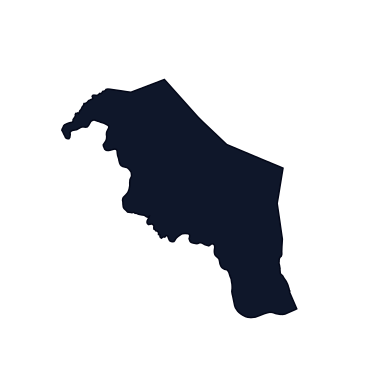 outline of Campo Alegre de Lourdes, Bahia, Brazil, rotated 205°
{"feature_id": "56859067B47282547771310", "entity_name": "Campo Alegre de Lourdes", "entity_type": "district", "adm_level": 2, "iso_a3": "BRA", "parent_name": "Brazil", "parent_adm1": "Bahia", "projection": "mercator", "projection_center": [-43.073, -9.544], "detail": "fine", "context": "isolated", "style": "filled", "palette": "ink", "viewbox_px": 384, "rotation_deg": 205, "n_neighbors": 0, "source": "geoboundaries", "source_scale": "gbopen_adm2", "svg_char_len": 3943}
<svg xmlns="http://www.w3.org/2000/svg" viewBox="0 0 384 384"><g transform="rotate(205 192 192)"><path d="M214.9,146.1L213.2,145.8L212.2,145.2L211.8,144.2L211.5,143.3L210.7,142.2L209.6,142.3L208.4,141.5L207.1,141.9L206.3,141.5L205.4,141.6L204.4,139.3L202.9,139.5L202.0,137.8L200.3,137.2L198.9,139.4L197.6,139.6L197.0,141.7L195.5,141.9L193.4,139.8L191.7,138.4L190.1,138.3L188.8,138.6L187.5,139.4L187.2,140.4L186.9,143.1L186.5,144.3L185.7,146.1L183.7,149.5L182.9,150.2L180.7,151.5L177.7,152.6L176.6,152.4L175.8,151.8L175.2,150.2L174.9,148.4L173.1,146.6L172.2,146.1L170.9,146.0L169.5,146.2L166.2,147.0L165.0,147.7L163.8,149.1L162.9,149.6L161.9,149.9L160.5,149.9L159.4,149.8L157.9,149.7L154.0,150.3L153.1,151.8L152.5,153.1L150.9,153.9L149.4,153.4L148.7,152.6L148.0,151.4L147.2,148.8L146.5,147.2L145.8,146.1L145.0,145.1L143.9,144.3L139.5,142.9L138.1,141.3L136.3,138.7L134.6,137.1L133.7,136.5L132.5,136.0L129.9,135.7L128.2,136.1L127.2,136.2L126.3,135.8L125.5,135.3L124.6,134.7L121.8,131.6L119.8,129.8L118.0,127.0L116.9,125.5L115.8,123.5L114.9,121.6L113.9,118.7L112.6,116.7L111.0,114.7L105.3,107.0L103.7,105.4L100.4,103.4L98.6,102.7L96.1,102.1L93.9,101.8L90.7,101.7L88.7,102.0L85.5,103.1L81.7,105.4L79.1,108.0L75.0,112.3L73.0,114.1L71.1,115.6L69.3,116.5L68.1,116.8L67.1,117.0L64.6,117.2L60.5,118.3L58.0,119.4L56.1,120.7L48.7,129.1L47.7,130.4L61.2,142.4L61.5,143.6L62.4,144.2L63.4,145.6L64.2,146.4L65.3,147.7L66.5,148.9L67.4,149.6L68.2,150.3L69.3,151.1L70.7,151.9L72.1,152.7L73.4,153.6L74.5,154.4L76.3,154.9L77.4,155.4L78.2,156.6L79.0,158.0L79.5,158.8L79.9,159.9L80.7,161.0L81.7,162.5L82.6,163.6L83.2,164.4L83.7,165.9L84.2,167.0L84.7,168.6L84.6,170.2L84.0,171.5L84.2,173.2L84.8,174.6L85.4,175.7L87.4,180.4L90.2,187.5L96.5,197.1L98.9,200.8L110.0,217.7L112.1,225.4L114.9,235.3L117.6,244.9L119.6,252.1L123.1,252.0L141.5,251.2L180.6,249.7L185.1,251.2L212.0,260.2L218.1,262.4L220.0,263.2L264.6,282.3L289.5,256.6L294.0,255.2L299.2,253.7L303.1,252.5L310.4,250.3L312.2,249.5L313.3,248.6L313.4,247.7L314.0,246.4L315.4,245.5L315.6,243.8L316.0,242.6L317.2,242.5L317.7,241.4L318.2,240.3L318.7,239.5L320.0,239.0L321.5,238.5L322.6,237.9L323.0,236.6L322.1,235.7L321.4,235.0L321.9,233.8L322.7,233.1L323.3,232.2L324.3,231.2L324.7,229.7L325.0,228.7L325.7,227.7L326.4,227.0L327.3,226.5L327.0,225.4L327.1,224.0L327.5,222.6L327.4,221.2L327.5,219.6L328.0,218.4L327.9,217.3L327.9,216.3L327.9,215.1L329.0,215.4L329.6,214.6L330.6,214.1L330.5,212.7L329.7,211.5L330.0,210.2L330.1,209.1L330.4,207.5L330.0,206.5L329.7,205.3L330.3,204.4L331.5,203.6L332.5,202.8L333.2,202.1L334.1,201.2L335.0,200.1L335.9,199.0L336.3,197.7L336.2,196.5L336.2,195.4L336.3,194.2L336.1,193.0L334.5,191.9L332.3,190.0L331.1,189.2L330.1,188.2L328.9,187.6L327.7,187.6L326.1,188.2L325.8,189.8L326.7,192.8L327.7,194.3L327.3,196.1L326.3,197.3L322.8,199.8L320.3,203.3L319.5,204.2L318.2,205.0L315.7,205.8L314.4,206.8L313.9,208.6L313.5,213.3L312.2,215.2L310.8,216.0L307.5,216.3L306.0,216.6L304.4,216.6L301.3,217.1L299.8,217.1L296.4,216.9L295.1,216.3L294.6,215.0L294.7,210.7L294.5,209.6L293.9,208.0L292.7,206.1L291.9,203.9L291.7,202.2L291.9,200.4L292.4,197.3L291.8,196.3L289.2,193.9L287.4,193.5L286.2,193.9L285.2,194.3L283.8,195.3L281.2,197.5L280.1,198.3L279.2,198.5L278.2,198.4L277.4,197.8L276.0,195.4L274.8,193.6L272.3,190.9L271.7,189.9L269.8,187.6L268.5,186.5L267.4,186.0L265.7,185.8L260.9,186.7L258.7,186.0L256.0,184.6L255.2,183.8L253.7,181.3L253.4,179.8L253.5,178.5L253.4,176.8L252.8,175.3L252.4,174.1L251.1,171.5L250.3,168.4L250.1,167.2L250.0,165.9L250.0,164.2L250.7,161.6L252.0,158.0L251.9,156.6L251.5,155.2L250.9,154.4L250.2,153.3L249.4,151.7L247.9,149.3L246.9,148.5L246.1,148.1L243.8,147.4L241.9,146.6L240.2,147.1L239.1,147.5L237.7,147.8L236.0,149.1L234.6,148.6L233.3,149.2L231.2,149.2L227.8,150.0L225.6,150.7L224.4,150.6L222.9,150.3L221.6,150.4L220.4,152.0L220.1,150.7L220.4,148.6L220.4,146.6L219.8,145.2L219.0,144.5L217.7,144.1L214.9,146.1Z" fill="#0f172a" stroke="#020617" stroke-width="1.5"/></g></svg>